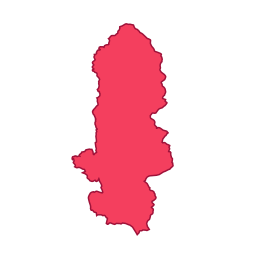 Quynh Nhai, Son La, Vietnam, rotated 24°
{"feature_id": "81297802B11613956410948", "entity_name": "Quynh Nhai", "entity_type": "district", "adm_level": 2, "iso_a3": "VNM", "parent_name": "Vietnam", "parent_adm1": "Son La", "projection": "albers", "projection_center": [103.617, 21.775], "detail": "fine", "context": "isolated", "style": "filled", "palette": "rose", "viewbox_px": 256, "rotation_deg": 24, "n_neighbors": 0, "source": "geoboundaries", "source_scale": "gbopen_adm2", "svg_char_len": 5805}
<svg xmlns="http://www.w3.org/2000/svg" viewBox="0 0 256 256"><g transform="rotate(24 128 128)"><path d="M183.5,142.8L183.3,142.7L183.2,141.9L182.2,141.6L181.6,139.4L181.1,138.0L179.4,137.0L179.0,136.2L178.3,135.7L177.3,133.7L177.1,133.0L176.2,132.6L174.7,133.0L174.6,132.6L174.6,130.6L174.3,129.7L173.4,129.0L173.2,128.4L173.4,127.5L173.4,127.2L173.2,127.0L171.0,126.9L170.2,127.1L168.3,126.5L167.5,126.4L166.5,126.8L166.0,127.4L164.9,127.1L164.3,123.9L165.1,120.3L165.7,119.4L165.9,117.5L166.6,116.2L166.4,115.9L165.4,115.8L165.1,115.3L164.5,115.2L160.9,115.7L157.6,115.0L156.5,115.0L156.0,115.1L155.1,115.5L154.6,116.4L154.2,116.6L153.7,115.6L153.6,115.4L151.6,114.7L150.7,113.8L150.2,111.8L149.6,111.1L148.7,110.5L147.6,110.2L144.8,109.9L144.2,109.3L143.3,107.7L144.1,104.5L145.2,104.0L146.1,103.8L147.3,103.0L148.1,99.2L148.8,97.6L151.1,95.5L152.0,93.4L152.6,92.6L153.1,91.0L153.3,89.8L153.4,89.6L153.3,89.1L153.1,88.9L151.8,88.7L151.1,88.5L150.8,88.1L150.9,86.9L150.8,86.7L147.9,87.0L147.4,86.7L147.2,85.8L147.4,84.2L148.0,83.3L147.8,81.7L147.9,80.7L147.7,79.7L146.4,77.8L145.6,76.9L144.1,76.1L142.4,75.7L142.1,75.5L141.5,74.4L140.7,73.6L140.1,73.4L139.8,72.9L139.8,72.3L141.8,68.8L141.8,67.1L141.6,65.9L141.3,65.4L139.6,64.4L135.7,63.5L134.0,62.4L133.4,61.8L133.2,59.9L132.0,58.1L131.5,56.5L131.6,55.5L131.5,54.5L131.9,54.1L132.0,53.6L131.6,52.7L131.4,51.8L131.3,51.3L130.2,49.8L129.7,49.3L129.2,49.2L128.6,48.2L128.5,47.1L127.9,46.8L127.3,46.7L124.3,46.8L122.4,47.0L121.3,47.0L120.7,46.8L120.3,46.1L119.2,45.1L118.3,44.6L116.5,43.8L114.6,42.2L114.1,41.7L113.5,40.3L113.1,39.0L112.6,38.4L110.7,38.2L109.3,38.4L103.4,36.3L102.1,36.0L99.9,35.9L99.0,35.1L97.8,34.8L96.7,34.2L94.3,34.3L93.2,33.7L91.9,32.6L91.4,31.9L91.1,31.7L87.6,32.4L86.4,33.1L84.2,33.5L83.3,34.1L81.1,37.2L79.3,38.8L79.4,39.2L80.0,40.5L80.1,42.1L79.7,42.9L79.5,43.5L79.6,44.3L80.0,45.2L80.0,45.8L79.2,46.8L78.9,47.9L78.5,48.7L77.9,49.1L76.1,49.9L75.3,50.4L74.6,52.2L74.5,53.4L73.8,54.2L75.1,55.0L75.5,55.5L75.8,56.6L75.9,58.3L76.4,59.4L76.2,59.8L74.3,60.9L73.2,62.2L73.1,62.5L73.2,64.1L72.1,64.0L71.7,64.2L69.8,65.0L69.0,65.8L69.0,66.8L69.2,67.4L70.6,67.6L70.6,68.1L68.8,69.2L68.6,69.5L68.4,71.8L68.9,72.5L69.0,72.8L68.2,74.1L68.1,74.3L67.6,74.3L67.3,74.5L68.1,75.7L68.0,77.0L70.2,79.0L69.9,80.0L68.9,81.9L68.9,82.6L69.0,82.9L69.6,83.5L71.1,84.3L70.5,86.4L70.6,86.9L71.3,87.5L72.8,88.0L72.7,88.4L71.9,89.3L72.0,89.7L72.8,90.3L73.7,90.0L75.1,90.6L76.6,90.5L77.2,90.6L77.9,91.4L78.3,92.7L78.5,93.0L81.0,94.1L82.1,94.9L82.3,95.2L82.4,97.8L83.1,98.5L83.2,99.5L84.1,100.5L84.6,101.7L84.9,103.9L84.3,105.3L85.7,106.6L86.0,106.7L86.4,106.3L86.8,106.3L87.3,106.8L87.6,107.5L88.2,107.8L88.5,108.2L89.1,109.8L89.1,110.2L88.2,112.3L87.3,113.2L88.2,113.8L89.2,116.3L90.2,117.3L91.2,118.9L91.2,119.3L90.4,120.7L89.6,123.9L89.0,125.2L89.0,125.5L89.3,126.1L88.8,126.7L89.0,127.6L89.4,128.2L90.7,129.5L92.2,130.2L93.0,131.2L93.8,131.6L94.1,132.3L95.0,132.9L94.9,133.8L95.7,134.9L95.6,136.2L96.3,137.9L97.2,138.7L98.8,140.7L100.3,141.5L100.3,141.8L99.7,142.3L99.7,142.7L100.9,144.1L100.8,145.4L101.5,146.6L102.1,148.7L103.9,151.6L104.8,153.5L104.7,154.0L104.1,154.6L104.1,154.8L106.4,158.5L107.2,159.3L107.6,160.2L107.8,161.6L109.2,162.9L109.1,163.4L108.1,164.4L107.9,166.0L107.7,166.2L107.1,166.1L106.3,165.0L105.6,163.9L103.7,162.2L102.6,162.7L101.3,163.0L98.5,165.0L98.0,167.1L95.5,168.9L95.6,169.8L94.5,172.1L94.6,172.7L95.3,173.3L94.7,173.4L93.2,174.8L92.7,174.9L92.0,174.7L91.6,175.0L91.0,175.0L90.7,175.7L89.5,176.4L89.1,176.9L89.2,178.2L90.2,178.2L89.8,178.8L89.8,179.2L90.3,179.5L91.5,179.1L92.1,179.8L92.2,180.3L92.0,181.3L92.1,181.9L94.3,182.9L95.0,183.5L95.4,184.3L95.1,185.1L96.6,185.2L97.5,185.1L98.9,184.1L100.3,183.7L103.3,184.0L105.1,183.6L106.7,185.0L106.6,185.3L105.9,185.9L105.6,186.4L104.8,187.1L104.6,187.4L107.5,187.2L109.8,187.8L110.2,188.0L110.4,188.4L110.8,189.8L111.1,190.2L111.4,190.4L113.5,190.9L114.5,191.6L115.8,191.6L116.9,191.4L117.8,190.8L118.9,189.3L119.3,189.1L119.6,189.1L120.2,189.7L120.8,189.7L121.5,189.0L121.9,188.3L122.0,186.2L123.0,187.2L123.6,188.2L125.3,189.3L126.5,190.3L127.1,190.9L127.7,192.0L127.5,193.1L127.6,193.5L129.5,195.0L130.9,196.7L131.1,197.2L131.0,197.5L130.7,197.8L128.6,198.2L125.6,198.4L124.7,198.7L123.2,200.5L122.8,200.3L122.4,200.3L121.3,201.1L120.6,201.9L120.1,202.8L119.9,204.8L119.9,206.6L120.2,207.9L121.1,209.2L122.9,211.5L125.1,213.9L126.1,215.5L126.5,216.8L127.1,217.5L127.9,218.1L128.8,217.6L129.2,217.6L131.3,218.6L132.9,218.3L133.5,218.3L135.0,220.7L135.4,219.9L136.1,219.4L138.6,218.3L139.3,218.1L140.6,218.3L142.0,217.4L142.6,217.4L144.7,218.7L145.9,218.8L146.1,219.3L147.0,224.0L148.3,224.3L148.8,224.1L149.3,223.3L149.2,223.1L149.4,222.8L150.1,222.0L150.8,221.8L153.5,221.7L155.1,221.4L156.2,219.9L159.7,218.5L160.6,218.5L161.7,217.0L164.6,216.2L167.9,216.1L169.2,215.9L172.4,216.6L177.8,220.2L179.8,221.7L180.6,219.5L180.7,219.1L180.4,217.8L180.7,217.1L182.4,216.2L183.1,215.1L185.5,214.2L187.0,213.9L188.7,212.0L187.1,210.9L186.0,210.3L184.2,208.1L183.8,207.4L183.7,205.8L183.8,204.8L184.1,203.9L184.7,203.0L184.8,202.4L184.4,199.8L184.0,198.8L184.3,197.9L185.3,196.4L185.3,195.3L184.6,193.7L184.5,192.6L184.0,191.8L181.7,191.0L181.7,190.7L182.7,188.9L183.0,187.8L183.0,187.5L182.8,187.3L182.0,186.9L180.6,186.5L180.0,185.9L179.8,185.2L180.9,183.8L182.0,181.4L181.9,180.2L181.4,179.6L180.2,178.8L179.9,178.4L179.7,177.7L179.3,177.2L178.4,176.8L177.9,176.0L176.9,175.6L176.3,175.5L175.3,175.5L173.9,175.9L172.9,175.4L172.6,175.1L172.4,173.8L171.8,173.8L171.4,173.6L168.1,171.0L164.5,170.0L165.0,169.1L165.2,168.6L165.0,167.5L165.3,165.6L165.6,164.8L166.5,163.6L167.4,162.8L173.2,159.6L175.5,157.8L178.3,153.6L179.5,152.5L181.9,149.5L182.9,148.7L183.3,147.3L183.8,146.2L184.5,144.4L184.3,143.7L183.5,142.8Z" fill="#f43f5e" stroke="#9f1239" stroke-width="1.5"/></g></svg>